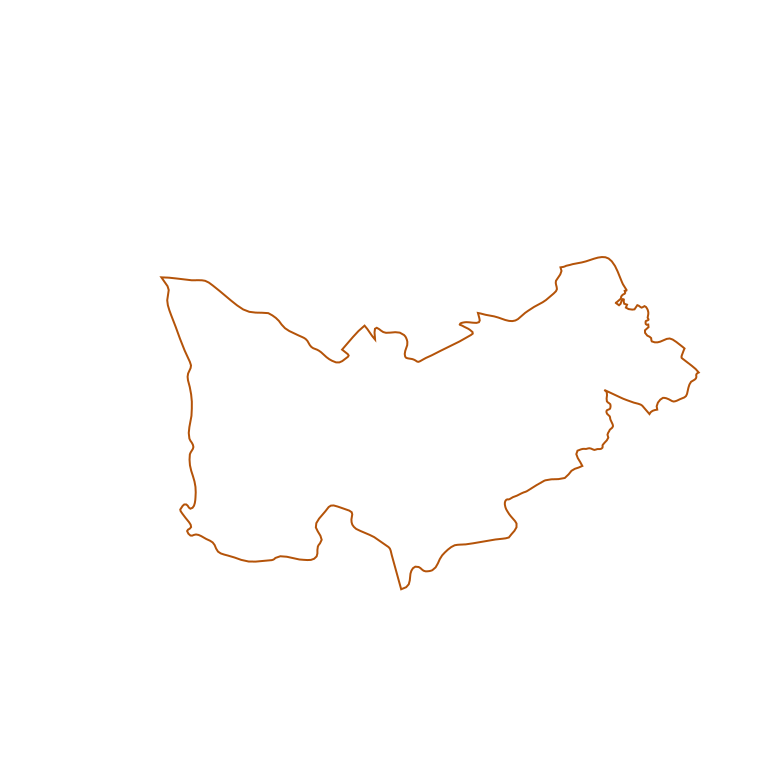 the State of San Luis Potosí, rotated 310°
{"feature_id": "MEX-2715", "entity_name": "San Luis Potosí", "entity_type": "State", "adm_level": 1, "iso_a3": "MEX", "parent_name": "Mexico", "parent_adm1": "", "projection": "robinson", "projection_center": [-100.079, 22.87], "detail": "fine", "context": "isolated", "style": "outline", "palette": "amber", "viewbox_px": 768, "rotation_deg": 310, "n_neighbors": 0, "source": "natural_earth", "source_scale": "10m", "svg_char_len": 6166}
<svg xmlns="http://www.w3.org/2000/svg" viewBox="0 0 768 768"><g transform="rotate(310 384 384)"><path d="M322.6,144.9L327.2,150.9L331.5,157.3L339.9,170.1L344.3,175.2L346.5,178.0L348.1,180.7L349.1,184.6L349.4,189.3L349.6,198.2L349.6,213.3L349.8,220.9L350.6,228.2L352.7,234.4L356.2,239.8L360.2,244.8L363.9,249.8L364.8,254.4L365.1,258.7L364.8,262.9L363.7,267.4L363.1,272.3L363.7,277.4L366.3,287.4L367.4,291.2L367.9,293.2L368.1,295.1L367.8,297.6L366.1,302.2L365.7,304.5L365.9,306.7L367.3,310.8L367.7,312.9L367.9,315.4L367.6,322.7L367.8,326.1L368.4,329.3L369.7,333.3L371.8,335.9L374.7,337.3L381.8,338.9L383.1,338.6L383.6,337.1L383.4,329.8L399.9,330.0L408.2,330.4L416.2,331.6L415.4,335.9L413.1,344.3L412.3,348.6L417.4,343.6L420.5,341.6L422.4,342.3L422.9,345.0L423.0,347.6L423.3,350.0L424.5,352.6L427.6,356.0L430.9,359.3L433.5,363.1L434.4,367.9L434.1,369.9L433.4,371.6L432.5,373.2L431.3,374.8L428.7,376.8L423.0,379.0L420.3,380.6L418.6,382.6L418.3,384.2L419.0,385.8L421.2,389.5L421.8,391.0L422.2,392.7L422.5,395.1L423.2,396.2L424.7,397.0L428.2,398.3L431.0,399.4L436.6,402.1L445.8,406.0L465.1,414.5L477.4,419.1L479.6,419.6L480.7,418.4L480.7,414.8L480.4,412.7L479.4,408.7L479.0,406.6L478.6,405.3L478.2,404.4L478.2,403.9L479.3,403.6L480.4,404.0L481.8,405.0L483.2,406.2L484.2,407.2L486.0,409.6L488.1,412.7L490.3,415.6L492.4,417.0L494.2,416.5L495.8,414.6L498.8,410.3L500.0,412.5L500.4,413.3L502.3,417.3L506.6,424.9L508.4,428.9L511.0,435.8L512.7,439.2L514.7,441.9L517.1,443.8L519.8,444.9L529.2,446.4L532.6,447.3L539.5,449.4L548.6,453.0L552.4,454.1L562.3,455.8L565.6,456.1L567.8,455.5L569.3,453.9L570.5,452.2L571.8,450.6L573.6,449.4L581.2,448.6L584.7,447.3L586.8,444.2L589.1,446.2L590.4,447.0L591.7,447.6L594.6,449.8L597.1,451.5L604.3,457.4L607.8,459.9L614.9,464.3L618.4,466.7L621.3,469.3L623.4,472.1L624.5,475.4L624.4,479.6L622.9,485.1L620.4,490.6L615.0,500.8L614.0,502.9L611.9,509.4L611.3,509.6L610.1,508.5L608.8,510.2L607.7,510.3L606.5,509.7L604.9,509.4L603.5,509.5L601.9,510.4L601.4,510.5L596.7,509.8L595.3,509.4L595.1,509.5L595.4,513.4L597.5,513.7L600.3,512.6L602.6,512.4L602.9,513.4L601.3,514.6L599.9,516.4L601.0,519.2L598.0,520.2L598.6,523.2L600.6,526.4L602.2,527.9L607.2,527.4L607.7,528.8L607.8,530.6L608.0,532.1L608.9,532.7L611.1,533.5L611.4,535.3L610.8,537.2L610.2,538.5L608.9,540.3L607.5,541.5L604.3,543.3L604.1,543.7L603.6,545.0L603.1,545.3L602.3,545.1L600.8,544.2L600.2,544.2L598.9,545.1L598.2,546.0L598.2,547.1L599.4,548.2L597.6,550.1L592.9,549.4L591.0,551.1L590.3,554.6L590.9,557.0L590.9,559.1L589.3,560.8L588.8,561.8L590.0,564.7L591.8,566.8L594.0,568.4L600.3,571.6L602.5,573.6L603.6,576.5L604.1,580.9L604.4,588.8L604.4,591.4L602.6,591.9L597.2,593.8L595.9,594.5L595.3,595.3L595.3,596.4L595.8,608.1L595.8,613.1L595.1,617.7L593.8,617.1L592.6,617.0L591.5,617.4L590.6,618.4L589.7,619.0L588.8,619.3L587.8,619.3L586.8,619.1L583.1,617.8L580.0,618.3L577.0,619.5L571.2,622.5L568.9,623.1L566.8,622.7L562.6,620.5L559.5,619.1L558.0,618.2L556.8,617.2L556.1,615.7L555.4,612.1L554.5,609.3L553.4,607.4L552.7,606.6L549.6,605.7L545.8,605.8L542.2,607.2L540.0,609.8L538.1,608.2L536.1,607.0L533.8,606.4L531.6,606.7L533.4,595.8L533.2,593.9L532.3,591.5L530.3,587.3L527.7,580.3L526.5,576.8L525.5,573.2L521.1,556.6L521.0,559.8L518.8,562.0L515.9,563.9L514.0,565.9L513.8,567.4L514.0,569.0L513.9,570.4L512.8,571.7L511.4,572.6L510.4,573.0L509.5,572.8L507.4,571.7L506.8,571.7L506.2,571.9L505.5,572.4L504.6,573.9L504.3,577.8L503.5,578.9L502.8,579.6L502.1,580.7L500.1,585.0L499.4,586.0L498.7,586.6L497.2,586.9L494.1,586.4L492.5,586.8L490.6,587.1L488.8,587.8L487.1,590.3L484.1,590.9L480.7,590.7L478.0,590.7L477.1,591.1L476.5,591.8L475.6,592.3L474.2,592.1L473.0,591.3L471.2,589.2L469.9,588.4L468.7,587.5L468.1,585.9L467.6,584.1L466.8,582.6L465.9,581.8L464.2,580.6L462.3,578.2L460.7,577.0L457.3,575.1L453.9,576.4L451.8,580.1L450.3,584.6L448.7,588.6L445.1,586.8L441.7,584.7L438.0,583.4L433.5,583.5L428.2,582.9L423.2,578.7L418.5,573.4L413.9,569.5L412.8,568.9L404.7,565.9L393.6,562.3L392.2,561.6L390.8,560.7L388.6,559.6L383.9,557.6L380.2,555.5L376.5,554.2L375.5,553.5L374.9,552.6L373.9,552.1L372.2,552.2L370.9,552.8L369.6,553.8L368.5,555.1L367.6,556.3L366.7,557.9L366.0,559.7L364.8,563.4L364.2,566.2L363.2,572.6L362.3,575.2L359.4,577.6L355.3,578.3L350.8,578.2L346.7,578.3L344.0,576.4L341.5,574.1L336.5,569.3L319.3,554.7L313.7,549.7L309.9,545.6L308.0,543.6L305.9,541.8L302.3,540.3L298.2,539.4L294.0,538.9L290.1,538.7L285.7,539.3L281.2,540.6L276.7,541.4L272.4,540.7L271.0,539.9L269.6,538.8L268.3,537.5L267.2,536.2L266.4,534.3L266.3,532.2L266.4,530.2L266.1,528.2L264.2,525.4L261.5,524.6L258.6,525.0L255.7,526.2L250.1,530.0L246.5,531.7L242.6,531.6L237.8,529.1L258.0,499.8L260.6,496.3L261.7,494.3L262.0,492.3L260.4,474.9L259.2,470.0L256.3,460.5L255.1,455.8L255.2,452.7L255.9,450.1L257.3,448.0L259.3,446.1L263.7,443.5L265.0,441.7L264.7,438.8L261.8,431.1L260.3,427.2L258.6,423.5L256.7,421.5L254.2,420.7L251.4,420.8L248.8,420.9L239.1,420.8L233.9,421.6L230.3,424.0L228.5,428.1L226.9,432.8L224.6,436.4L220.7,437.4L218.8,437.4L217.0,437.8L214.0,439.7L211.4,441.9L208.6,443.2L205.2,442.8L202.3,441.1L200.0,438.6L197.9,435.8L195.2,432.0L189.2,420.6L185.4,415.3L180.9,412.6L179.4,412.5L178.1,412.0L176.9,411.2L165.5,399.9L161.0,394.4L157.5,387.7L155.0,381.0L152.2,374.6L150.6,371.2L149.3,367.9L148.9,364.6L150.0,361.2L151.8,357.7L152.5,354.6L152.1,351.4L151.0,347.4L150.0,341.8L149.2,339.0L147.9,336.7L146.2,335.4L144.5,334.5L143.5,333.1L143.6,330.3L144.8,327.7L146.5,327.5L148.3,328.2L150.4,328.2L151.9,326.4L152.8,323.6L153.9,317.9L155.1,312.7L155.9,309.9L156.9,308.6L161.2,308.1L163.3,308.4L164.6,309.9L164.6,311.8L163.9,314.0L164.0,315.8L166.1,316.9L168.6,316.7L171.2,315.6L173.7,314.1L175.8,312.6L180.0,309.4L184.0,305.7L187.5,301.5L190.6,296.9L193.6,292.1L197.0,287.6L201.0,283.7L205.3,280.5L207.2,279.9L211.4,279.3L213.2,278.5L214.6,276.7L215.5,274.5L216.1,272.2L217.1,270.0L221.0,265.9L225.9,262.6L235.8,257.0L241.6,252.6L247.0,248.1L252.0,243.0L256.8,237.2L260.9,231.4L263.3,228.9L266.1,227.2L271.9,225.6L274.2,224.2L276.2,221.0L281.5,209.8L287.5,198.7L293.8,187.8L299.8,176.9L302.5,172.2L305.4,167.8L308.8,164.1L317.6,158.7L319.8,155.3L322.6,144.9Z" fill="none" stroke="#b45309" stroke-width="2"/></g></svg>